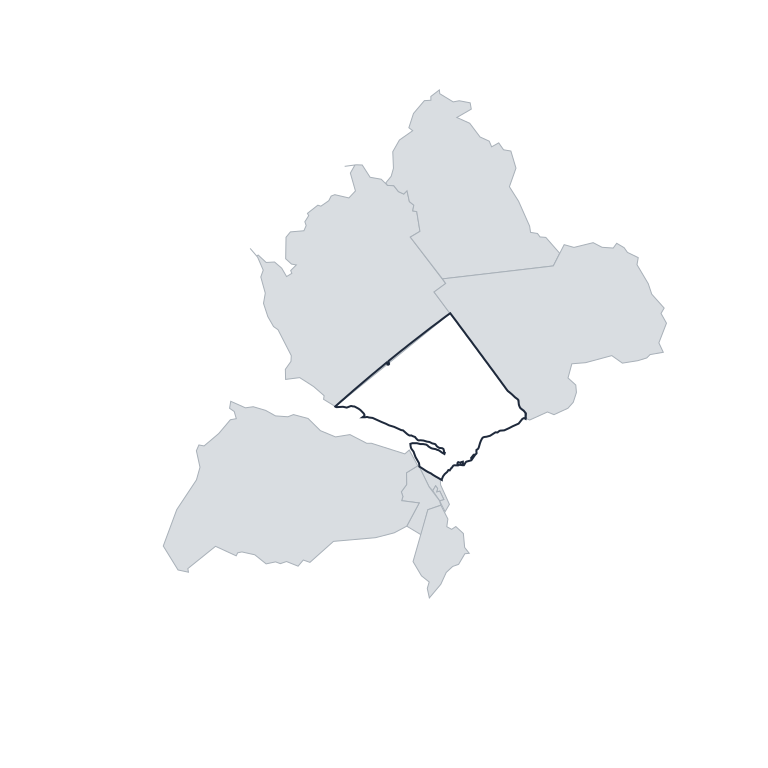 Egypt shown with its bordering countries, rotated 141°
{"feature_id": "EGY", "entity_name": "Egypt", "entity_type": "country or territory", "adm_level": 0, "iso_a3": "EGY", "parent_name": "Africa", "parent_adm1": "", "projection": "orthographic", "projection_center": [30.805, 26.825], "detail": "fine", "context": "with_neighbors", "style": "outline", "palette": "slate", "viewbox_px": 768, "rotation_deg": 141, "n_neighbors": 8, "source": "natural_earth", "source_scale": "50m", "svg_char_len": 6890}
<svg xmlns="http://www.w3.org/2000/svg" viewBox="0 0 768 768"><g transform="rotate(141 384 384)"><path d="M277.6,577.9L267.6,571.8L263.1,567.9L264.7,553.4L257.3,544.9L256.3,536.1L251.6,532.0L251.7,524.4L249.1,519.2L244.5,519.7L249.5,509.8L248.3,504.2L252.7,500.5L250.1,497.3L260.0,480.0L271.1,481.6L272.8,423.3L287.2,424.0L288.2,397.3L436.0,397.1L440.6,410.1L437.9,412.6L440.3,426.3L445.5,442.0L457.6,449.5L451.4,457.5L442.1,460.1L438.2,464.4L432.2,492.9L433.7,498.1L431.9,509.4L426.9,522.5L419.1,529.3L412.4,544.7L406.2,548.5L402.4,562.1L402.7,573.6L402.4,563.7L400.6,563.4L399.1,552.6L392.3,547.7L390.6,538.4L392.1,528.8L386.0,528.0L385.1,530.9L377.2,531.7L380.4,535.4L381.6,543.2L367.8,559.7L361.0,561.1L349.8,553.5L344.8,556.1L343.4,559.9L336.6,562.2L336.1,564.8L322.9,564.6L321.1,561.9L311.6,561.2L306.8,563.3L303.1,562.1L294.2,550.7L284.7,552.0L277.4,569.1L268.7,572.5L277.6,577.9Z" fill="#d9dde1" stroke="#a8b0b8" stroke-width="1"/><path d="M272.4,428.9L271.1,481.6L260.0,480.0L250.1,497.3L252.7,500.5L248.3,504.2L249.5,509.8L244.5,519.7L249.1,519.2L251.7,524.4L251.6,532.0L256.3,536.1L256.0,539.2L247.7,540.9L240.9,545.7L231.0,559.0L218.5,563.9L202.3,562.8L203.4,567.5L190.8,575.7L174.3,578.8L169.0,575.0L166.6,578.0L155.9,577.7L158.0,574.5L152.7,559.7L147.3,556.8L140.1,548.3L143.2,542.7L159.7,545.3L153.3,532.7L153.9,515.5L149.4,506.5L151.1,500.6L143.1,499.2L143.7,490.8L138.8,485.2L145.6,468.7L162.4,458.4L164.4,441.3L171.5,415.0L174.7,409.6L170.0,404.4L170.2,400.1L166.0,396.1L165.2,375.0L178.1,369.2L272.4,428.9Z" fill="#d9dde1" stroke="#a8b0b8" stroke-width="1"/><path d="M416.9,246.3L414.3,258.3L410.2,256.6L408.1,265.6L411.1,267.0L408.2,268.9L407.9,272.4L413.2,270.4L413.7,275.7L408.7,297.3L400.3,274.5L403.5,270.0L408.9,249.3L416.9,246.3Z" fill="#d9dde1" stroke="#a8b0b8" stroke-width="1"/><path d="M413.2,270.4L407.9,272.4L408.2,268.9L411.1,267.0L408.1,265.6L410.2,256.6L414.3,258.3L413.2,270.4Z" fill="#d9dde1" stroke="#a8b0b8" stroke-width="1"/><path d="M414.3,258.3L416.1,254.0L429.0,258.7L450.0,243.3L455.8,259.2L431.5,269.4L443.7,282.2L440.1,284.7L438.4,289.3L429.7,291.6L422.3,300.9L409.2,299.2L408.7,297.3L413.7,275.7L414.3,258.3Z" fill="#d9dde1" stroke="#a8b0b8" stroke-width="1"/><path d="M416.1,254.0L419.3,238.9L425.0,233.6L422.9,228.5L417.9,228.0L416.4,217.9L424.2,206.2L424.3,198.8L428.0,201.2L439.5,196.9L445.4,199.0L454.2,198.4L465.9,192.6L483.4,189.2L479.0,197.9L473.5,201.7L475.6,211.3L473.2,227.7L429.0,258.7L416.1,254.0Z" fill="#d9dde1" stroke="#a8b0b8" stroke-width="1"/><path d="M409.2,299.2L422.3,300.9L429.7,291.6L438.4,289.3L440.1,284.7L443.7,282.2L431.5,269.4L455.8,259.2L469.7,261.9L487.3,269.9L522.3,293.5L553.8,292.0L557.5,298.0L565.4,296.5L571.5,307.4L577.6,309.6L580.2,314.0L588.8,318.4L591.9,332.6L600.1,342.9L603.9,344.9L607.0,343.5L617.1,363.9L652.6,364.0L654.4,360.8L661.1,369.1L657.5,397.0L624.1,416.8L590.1,427.5L579.4,435.1L571.8,450.2L566.2,453.1L562.8,449.1L543.6,449.5L525.9,452.9L520.6,450.0L517.7,456.9L519.3,462.3L514.0,467.0L506.7,452.7L499.9,448.6L492.6,438.0L488.4,427.5L479.3,419.0L473.6,417.2L464.7,405.0L462.8,387.8L455.0,373.4L442.3,366.1L434.7,348.7L431.1,345.9L411.8,316.6L405.9,316.8L409.2,299.2Z" fill="#d9dde1" stroke="#a8b0b8" stroke-width="1"/><path d="M292.5,300.1L287.2,424.0L272.8,423.3L272.4,428.9L178.1,369.2L156.3,378.9L150.4,370.6L132.5,362.2L128.5,353.0L120.3,345.4L114.6,346.9L111.6,338.8L112.0,333.1L106.9,322.2L112.3,317.5L115.5,295.7L119.4,285.3L118.5,266.7L124.3,264.5L126.2,253.5L144.5,243.0L147.0,232.9L158.7,239.4L163.4,238.9L172.1,242.4L185.6,250.2L189.1,262.7L213.9,273.7L225.3,281.5L237.2,272.9L235.6,262.5L239.8,256.3L248.4,250.7L256.3,249.4L271.2,253.2L274.6,259.4L293.4,264.3L296.0,268.9L291.5,275.1L293.0,280.9L289.5,289.1L292.5,300.1Z" fill="#d9dde1" stroke="#a8b0b8" stroke-width="1"/><path d="M436.1,397.2L432.0,397.4L427.9,397.6L423.9,397.7L419.8,397.9L415.7,398.0L411.6,398.2L407.5,398.3L403.4,398.4L399.4,398.5L395.3,398.6L391.2,398.7L387.1,398.8L383.0,398.8L378.9,398.9L374.8,398.9L370.7,399.0L368.4,399.0L368.8,397.8L369.0,396.9L368.7,396.4L367.9,396.2L367.4,396.4L366.2,398.9L365.6,399.0L364.1,399.0L359.4,399.0L354.6,399.0L349.8,399.0L345.1,398.9L340.3,398.9L335.5,398.8L330.8,398.7L326.0,398.6L321.2,398.5L316.5,398.4L311.7,398.3L307.0,398.1L302.2,397.9L297.5,397.8L292.7,397.6L288.0,397.3L288.1,394.3L288.2,391.3L288.3,388.3L288.4,385.3L288.6,382.3L288.7,379.3L288.8,376.3L288.9,373.2L289.1,370.2L289.2,367.2L289.3,364.2L289.4,361.2L289.6,358.2L289.7,355.1L289.8,352.1L290.0,349.1L290.1,346.1L290.2,343.1L290.4,340.1L290.5,337.0L290.6,334.0L290.8,331.0L290.9,328.0L291.0,325.0L291.2,321.9L291.3,318.9L291.5,315.9L291.6,312.9L291.8,309.9L291.9,306.9L292.1,303.8L292.2,300.8L292.1,300.3L291.6,298.2L291.1,295.5L290.7,292.3L290.6,291.3L289.7,287.9L289.7,287.0L290.0,286.3L291.9,283.6L292.5,282.3L293.0,280.7L293.2,279.4L292.8,277.4L292.3,275.5L292.2,273.7L292.2,271.9L293.2,270.7L294.3,269.6L294.7,268.9L295.4,268.1L295.9,267.7L296.6,269.4L298.4,269.8L304.3,268.5L310.7,270.2L314.2,270.9L319.7,272.3L323.0,274.6L323.9,274.9L326.3,274.9L327.8,276.3L334.1,277.0L337.5,278.5L339.4,279.7L340.5,280.1L341.5,280.1L342.9,279.6L344.6,278.8L346.5,277.7L350.5,274.9L351.8,274.4L352.7,274.5L353.8,274.5L354.3,273.7L354.9,273.2L355.2,272.5L355.8,271.8L357.8,271.6L361.9,270.4L361.4,271.0L357.7,272.4L359.3,272.5L360.9,272.1L362.8,271.7L363.1,271.1L363.4,270.0L363.7,269.9L365.0,270.1L368.8,271.8L369.7,271.8L372.4,270.8L373.0,270.6L373.8,271.2L375.8,273.3L375.1,273.3L373.0,271.4L372.8,272.4L371.6,274.0L373.2,274.7L374.4,274.9L375.0,275.8L375.5,276.6L376.7,276.3L377.5,275.2L377.1,274.6L376.8,273.9L377.2,273.9L378.0,274.4L380.4,276.5L381.3,276.9L382.2,276.8L384.1,276.2L384.7,276.3L387.3,275.5L387.6,276.0L388.1,276.6L390.2,275.9L393.5,275.8L396.2,275.1L399.3,273.4L399.5,273.1L399.7,273.5L400.1,274.6L401.2,277.5L402.1,279.7L403.2,282.8L403.5,283.9L403.7,284.8L405.3,288.1L406.3,290.9L407.0,293.2L408.1,296.5L408.5,297.6L407.9,298.3L406.6,300.5L405.5,307.4L403.6,312.9L403.5,316.2L403.2,317.5L402.3,319.2L401.2,320.9L399.1,320.1L395.6,317.2L393.6,314.5L391.4,312.7L389.4,310.4L388.8,308.7L388.8,307.6L387.9,304.9L387.2,303.6L384.8,300.8L384.1,299.3L383.5,298.6L383.0,297.6L382.0,293.9L381.1,291.6L380.0,292.3L380.2,293.3L379.3,294.6L378.7,296.2L379.2,297.5L381.2,299.5L381.6,300.4L382.1,302.2L382.0,304.8L382.4,305.6L383.9,307.5L384.4,308.6L384.8,309.6L385.3,310.5L386.8,312.1L388.9,315.2L391.0,317.3L392.5,318.3L393.1,319.3L393.3,321.9L393.2,323.2L394.6,325.6L395.1,326.8L396.4,327.7L397.0,328.8L397.5,330.6L398.4,336.0L399.6,337.3L403.1,344.3L406.1,348.7L407.6,352.0L409.8,356.0L414.2,364.8L416.8,367.5L417.8,369.0L419.7,370.1L421.7,371.7L419.8,371.6L419.4,371.8L418.7,372.1L418.4,373.1L418.3,374.0L418.7,378.5L419.3,380.8L421.1,385.1L422.4,386.3L423.0,387.2L423.8,387.8L427.8,389.1L430.2,392.1L435.5,395.9L436.1,396.9L436.1,397.2Z" fill="none" stroke="#1e293b" stroke-width="2"/></g></svg>